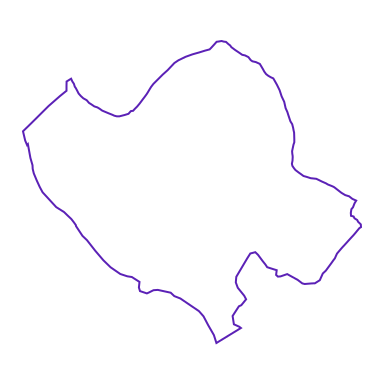 Abu Tisht, Qina, Egypt (Natural Earth projection)
{"feature_id": "37247803B97823956456767", "entity_name": "Abu Tisht", "entity_type": "district", "adm_level": 2, "iso_a3": "EGY", "parent_name": "Egypt", "parent_adm1": "Qina", "projection": "natural_earth1", "projection_center": [32.102, 26.129], "detail": "fine", "context": "isolated", "style": "outline", "palette": "violet", "viewbox_px": 384, "rotation_deg": 0, "n_neighbors": 0, "source": "geoboundaries", "source_scale": "gbopen_adm2", "svg_char_len": 3030}
<svg xmlns="http://www.w3.org/2000/svg" viewBox="0 0 384 384"><path d="M356.2,200.6L352.4,198.9L349.1,196.3L345.2,195.1L341.4,192.8L338.7,190.7L336.0,188.6L335.0,187.8L333.7,186.9L331.7,186.0L327.9,184.5L325.9,183.3L321.8,181.5L319.0,180.1L316.3,178.8L310.7,178.2L306.7,176.9L303.5,176.0L301.2,174.3L298.8,172.6L295.4,170.0L293.9,168.1L292.4,165.9L292.0,164.2L291.9,163.8L292.5,160.7L292.7,157.0L292.6,155.6L292.3,153.8L292.1,151.2L293.5,144.6L294.3,142.3L294.3,139.2L294.2,135.4L294.1,132.6L293.6,130.4L293.1,127.7L292.2,124.2L290.4,121.3L289.0,117.1L288.1,114.4L287.4,112.1L285.6,108.1L284.2,101.8L281.6,96.3L279.6,90.2L276.9,84.7L275.6,82.4L274.7,80.8L273.3,78.4L271.1,77.4L270.9,77.3L270.7,77.2L268.3,75.8L266.1,74.1L264.2,71.5L263.2,69.6L261.5,66.7L259.8,63.9L255.9,62.1L252.4,61.3L250.7,60.1L248.4,57.1L245.0,55.4L242.2,54.8L240.2,53.4L238.0,51.9L235.6,50.3L234.6,49.6L232.9,48.3L231.4,47.2L230.1,45.4L228.5,44.2L226.0,41.9L223.7,41.6L221.6,41.0L218.7,41.5L216.6,41.8L214.4,44.3L211.2,47.8L209.6,49.4L205.1,50.6L199.0,52.5L194.7,53.7L192.3,54.4L185.6,56.8L178.4,60.3L174.4,63.0L167.6,70.2L162.7,74.6L157.5,79.8L153.4,83.9L151.1,86.9L149.5,89.5L147.9,92.2L146.7,94.1L144.5,97.1L142.5,99.7L142.0,100.4L139.6,103.6L137.1,106.6L134.7,109.0L133.1,110.8L130.9,111.1L129.7,112.4L128.5,113.8L124.6,115.0L119.5,116.3L116.7,116.3L114.3,115.7L112.4,114.8L108.6,113.3L102.2,110.6L99.7,108.8L97.4,107.4L94.3,106.4L93.6,105.9L91.1,104.2L89.0,102.9L86.7,100.2L83.3,98.3L80.9,96.1L78.6,93.5L77.5,91.3L75.8,88.1L74.8,86.7L73.9,83.8L72.3,81.4L71.2,78.9L71.1,78.7L66.6,81.5L66.5,86.0L66.5,90.8L65.1,91.9L61.9,94.5L59.8,96.2L58.9,97.0L48.6,106.0L31.3,123.2L23.9,130.4L23.0,131.3L25.2,140.6L27.1,145.1L27.9,144.2L30.4,157.9L32.5,165.2L32.7,168.9L33.8,173.4L36.8,180.6L39.7,186.9L42.6,192.3L47.3,197.4L56.2,207.1L64.1,212.1L67.7,215.6L71.3,219.0L74.0,222.5L75.9,225.2L76.0,226.1L82.5,235.9L84.5,237.8L87.0,240.2L95.2,250.7L103.4,260.3L110.6,267.3L120.3,274.0L127.3,276.3L131.8,277.0L139.5,281.9L138.9,287.5L140.0,291.1L146.9,293.4L148.9,292.5L153.5,290.2L157.8,289.9L170.7,292.7L174.3,296.1L180.4,298.5L183.3,300.5L198.9,311.1L203.5,316.3L208.2,325.2L213.9,335.1L216.4,343.0L240.9,328.0L239.2,326.7L233.9,324.3L232.6,316.0L235.7,311.2L238.9,306.3L241.3,305.2L246.1,299.3L244.2,295.7L237.8,287.8L236.9,285.4L235.8,282.4L236.3,276.8L247.2,258.4L250.3,253.5L255.3,252.2L258.0,254.8L262.6,261.0L265.4,264.5L267.2,267.2L273.1,269.1L276.7,270.2L276.1,274.9L277.9,276.6L280.5,276.4L281.1,276.2L287.2,274.1L297.7,279.9L302.3,283.4L304.7,284.0L312.0,283.4L314.9,283.3L319.8,280.2L322.8,273.5L325.8,270.7L331.6,262.8L333.5,260.1L334.6,258.7L335.0,258.1L335.9,256.0L337.0,253.6L339.2,251.0L341.5,248.3L343.3,246.3L343.8,245.8L346.9,242.4L348.5,240.6L351.7,237.1L353.3,235.4L354.5,234.0L356.1,232.1L356.9,231.1L358.5,229.2L359.3,228.2L361.0,227.1L360.8,224.4L359.9,223.5L358.1,221.8L357.2,220.0L354.5,218.3L353.6,216.5L351.0,215.8L350.9,213.9L350.8,213.0L351.4,209.2L353.0,207.3L354.5,203.4L356.2,200.6Z" fill="none" stroke="#5b21b6" stroke-width="2"/></svg>